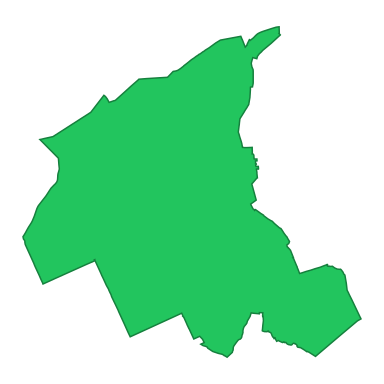 the district of Zwartewaterland, Overijssel, Netherlands
{"feature_id": "6326949B58737844931960", "entity_name": "Zwartewaterland", "entity_type": "district", "adm_level": 2, "iso_a3": "NLD", "parent_name": "Netherlands", "parent_adm1": "Overijssel", "projection": "albers", "projection_center": [6.086, 52.61], "detail": "fine", "context": "isolated", "style": "filled", "palette": "green", "viewbox_px": 384, "rotation_deg": 0, "n_neighbors": 0, "source": "geoboundaries", "source_scale": "gbopen_adm2", "svg_char_len": 5722}
<svg xmlns="http://www.w3.org/2000/svg" viewBox="0 0 384 384"><path d="M128.0,332.2L130.2,336.8L181.7,313.2L183.0,316.2L183.5,316.9L183.4,316.9L183.8,317.3L186.5,323.3L187.5,325.7L187.9,326.2L188.3,327.1L188.2,327.1L188.9,328.6L189.2,329.0L193.8,339.0L199.7,336.3L202.5,339.2L204.2,342.6L200.8,344.2L203.0,345.6L205.8,346.4L207.1,347.0L207.8,348.2L212.8,351.5L218.4,353.4L222.3,354.3L223.1,354.8L223.8,355.2L224.1,355.6L224.3,355.7L224.7,355.7L227.1,357.2L232.3,352.4L232.6,351.1L233.1,350.1L233.2,348.7L233.3,347.3L233.9,345.9L236.4,342.4L237.7,340.7L238.5,339.8L238.9,339.6L240.3,339.1L241.0,338.4L241.4,337.8L241.7,337.2L242.1,335.0L242.4,334.5L242.6,333.9L243.0,332.2L242.9,331.6L243.0,330.2L243.3,328.8L243.8,327.3L244.4,326.3L246.2,324.1L246.8,323.2L247.4,321.0L249.5,317.4L250.2,316.1L250.5,314.9L251.1,313.2L251.2,312.9L253.0,313.2L259.3,313.8L259.4,312.6L262.8,312.8L262.6,315.7L262.7,316.5L263.1,316.4L263.4,320.7L262.8,325.6L262.5,329.0L262.3,330.4L262.3,330.8L262.8,331.1L264.4,331.6L266.4,331.7L267.2,331.6L267.8,331.2L268.1,331.0L268.4,331.7L268.9,331.8L270.6,332.6L270.9,332.9L271.4,333.8L272.1,335.7L272.7,336.8L273.0,337.2L273.4,337.5L274.1,337.6L274.0,338.3L274.8,338.0L274.9,338.4L275.2,338.2L275.5,339.2L276.7,341.3L278.3,340.5L279.3,341.1L282.5,342.5L282.9,342.5L283.4,342.2L283.8,342.1L283.7,341.9L283.9,341.8L284.5,342.5L285.0,342.7L285.3,342.4L286.1,342.5L286.9,343.7L287.3,344.0L288.3,344.5L288.9,344.7L289.3,344.7L289.7,344.8L290.4,345.0L291.4,345.0L291.7,344.9L292.8,343.7L293.4,343.3L293.9,343.3L295.0,343.6L294.9,343.8L296.1,344.3L296.5,344.7L297.2,345.7L297.0,346.1L297.2,346.6L297.8,347.2L299.4,347.5L300.4,347.6L300.8,347.8L304.4,350.0L305.5,350.8L307.0,351.8L307.6,351.5L309.1,352.3L315.5,356.4L340.3,335.3L357.3,321.0L357.9,320.6L361.0,318.9L360.6,318.0L360.1,317.1L357.1,310.8L352.0,300.1L349.2,294.5L349.0,294.1L348.5,292.9L347.2,290.4L347.1,290.1L346.3,283.3L345.0,275.7L344.7,274.8L344.6,274.7L344.1,274.4L343.9,274.2L342.9,272.0L341.3,269.9L340.9,269.5L340.5,269.2L339.5,269.3L337.3,269.1L335.0,268.1L333.9,267.4L332.5,266.3L332.2,266.3L330.1,266.4L329.7,266.4L329.2,266.1L328.6,266.3L327.6,266.2L327.3,265.8L327.6,265.4L327.6,264.8L327.4,264.5L327.0,264.5L325.9,265.1L325.4,265.2L320.0,267.3L315.1,268.7L310.7,270.2L306.3,271.4L301.8,272.9L299.6,273.5L299.5,273.2L297.8,268.8L297.4,268.0L297.1,266.7L296.8,266.2L296.2,264.8L293.8,259.1L293.5,258.4L292.9,257.8L293.4,257.6L290.5,250.3L288.9,248.4L288.5,248.3L288.3,248.1L288.2,247.6L288.0,247.4L287.5,247.2L287.3,246.6L287.0,246.2L287.0,245.9L286.9,244.9L288.7,243.6L288.8,243.4L289.0,242.9L289.1,242.7L289.5,241.5L287.6,238.3L287.0,237.0L286.4,236.3L285.7,235.6L283.7,232.8L282.3,230.5L280.9,228.5L279.5,227.9L274.4,223.5L272.4,221.4L272.0,221.1L271.0,220.7L270.0,220.1L267.8,218.8L266.5,217.8L264.1,216.0L263.9,215.8L263.5,215.1L262.6,214.6L261.6,213.9L261.1,213.7L259.4,212.4L255.5,209.6L254.5,210.4L254.4,210.2L254.1,209.5L253.1,209.0L252.9,208.6L251.0,204.9L250.7,204.1L256.2,200.1L251.8,184.0L256.7,178.3L256.9,178.1L257.4,177.9L256.9,173.5L256.9,172.3L256.5,169.8L256.4,169.1L256.9,169.0L258.4,169.1L258.5,169.0L258.5,168.6L258.3,166.4L256.0,166.4L255.7,165.6L255.7,165.1L256.0,164.4L256.3,164.2L256.1,163.7L255.5,163.6L255.5,163.4L255.6,162.0L255.5,160.9L257.0,160.8L256.9,159.0L254.2,159.0L254.0,158.1L254.0,157.3L253.9,156.6L253.9,156.0L253.8,155.2L253.5,154.5L253.3,154.3L252.8,153.9L252.3,153.8L252.4,153.7L252.3,153.1L252.3,152.1L252.3,150.6L252.3,149.9L252.2,149.6L252.2,147.4L247.1,147.6L244.0,147.6L243.5,147.4L242.5,147.4L242.1,145.3L241.8,143.6L241.3,141.7L239.7,136.8L239.2,134.8L238.3,132.1L239.0,126.5L239.0,126.3L239.3,124.4L239.4,123.1L239.9,118.8L240.4,118.0L244.4,111.6L244.8,110.8L246.9,107.6L247.8,106.0L248.7,104.6L249.9,97.5L250.4,89.8L250.4,87.7L250.5,87.1L252.5,86.9L252.6,86.1L253.1,83.8L253.2,82.5L253.2,79.4L253.2,78.4L253.2,71.7L253.1,69.7L251.9,66.8L251.4,64.3L251.3,63.4L251.3,63.0L252.0,60.3L252.4,59.0L252.8,57.6L256.8,58.7L257.5,56.2L259.3,53.8L261.4,51.9L262.7,50.4L271.2,43.3L279.7,35.5L279.9,35.4L280.3,34.9L278.9,33.4L279.3,33.1L279.1,26.8L277.5,27.0L276.1,27.2L272.1,28.4L262.9,31.4L260.3,32.4L258.1,33.5L257.0,34.3L256.1,35.1L255.1,36.1L253.5,37.8L250.2,40.4L249.6,39.7L249.4,39.6L247.0,44.5L247.1,45.0L245.2,47.1L242.1,39.2L241.6,38.5L241.5,37.9L240.8,36.3L220.4,40.1L215.8,42.9L209.1,47.8L205.7,49.9L205.2,50.2L204.8,50.6L203.7,51.4L202.9,51.8L200.9,53.3L199.9,54.0L199.2,54.2L198.0,55.2L196.1,56.4L194.3,57.8L191.3,59.8L186.8,63.5L183.9,65.7L183.4,66.3L180.1,68.8L178.8,69.7L178.0,70.2L176.2,70.9L174.0,71.3L173.2,71.4L167.5,77.3L146.5,78.6L138.9,79.2L138.7,79.3L138.2,79.9L137.4,80.6L133.3,84.2L131.0,86.2L122.2,94.2L115.4,100.3L115.0,100.5L113.7,100.8L109.1,102.4L108.5,101.3L108.5,101.2L108.3,100.9L107.3,99.0L105.3,96.3L104.8,96.1L104.6,95.9L104.3,95.6L103.9,95.3L90.8,112.3L53.0,136.6L39.9,139.5L58.4,158.2L58.9,164.7L59.2,167.7L59.3,168.9L59.1,170.0L58.0,173.8L57.8,175.4L57.6,179.1L57.4,180.3L57.0,181.5L56.4,182.5L55.3,183.9L54.1,185.0L51.1,188.1L49.5,190.5L46.6,195.0L45.7,196.3L42.8,200.0L40.0,203.6L38.5,205.5L37.7,206.9L36.9,208.6L34.3,216.2L32.3,221.0L31.4,222.7L28.5,227.2L26.7,230.4L25.6,232.5L23.8,235.5L23.0,236.6L23.1,237.3L23.3,238.0L23.4,238.9L24.1,239.7L24.7,240.9L24.9,241.2L24.9,242.7L25.3,244.6L27.3,249.0L33.9,263.5L34.3,264.7L35.3,267.0L39.0,274.9L40.9,279.3L42.6,282.9L43.0,284.0L55.3,278.4L86.0,264.6L94.5,260.9L94.7,260.7L94.3,259.8L94.8,259.6L94.8,260.1L101.0,273.6L101.6,275.1L103.3,278.6L106.4,285.4L107.9,288.1L108.1,288.2L108.7,289.7L108.7,289.8L110.1,292.9L110.4,293.4L110.6,293.8L111.0,294.6L111.5,296.3L111.6,296.6L114.0,301.6L115.5,304.7L118.3,310.6L118.6,311.5L124.1,323.5L128.0,332.2Z" fill="#22c55e" stroke="#15803d" stroke-width="1.5"/></svg>